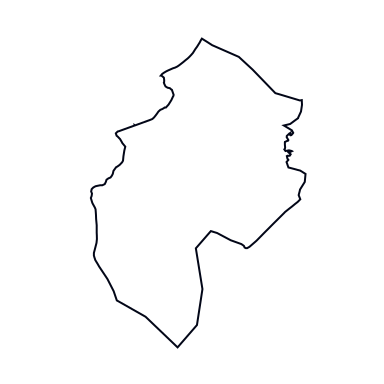 outline of Al Matammah, Al Jawf, Yemen, rotated 32°
{"feature_id": "15242507B78310888001164", "entity_name": "Al Matammah", "entity_type": "district", "adm_level": 2, "iso_a3": "YEM", "parent_name": "Yemen", "parent_adm1": "Al Jawf", "projection": "orthographic", "projection_center": [44.392, 16.198], "detail": "fine", "context": "isolated", "style": "outline", "palette": "ink", "viewbox_px": 384, "rotation_deg": 32, "n_neighbors": 0, "source": "geoboundaries", "source_scale": "gbopen_adm2", "svg_char_len": 3138}
<svg xmlns="http://www.w3.org/2000/svg" viewBox="0 0 384 384"><g transform="rotate(32 192 192)"><path d="M119.1,56.7L119.1,58.6L119.3,61.0L119.3,63.5L119.3,66.2L119.1,69.0L119.1,71.3L119.1,73.6L118.7,76.1L118.2,78.6L117.6,81.0L116.7,83.5L115.8,86.3L115.0,88.5L114.0,91.2L113.1,93.3L111.8,95.4L110.2,97.3L108.8,99.4L107.5,101.3L106.3,103.2L105.1,105.5L104.2,107.6L103.9,109.8L104.5,109.5L107.5,109.9L109.1,111.8L110.2,113.7L110.2,114.2L111.5,115.2L113.6,116.5L116.0,116.5L117.9,115.8L118.2,115.7L120.5,116.1L120.8,116.0L124.9,119.3L125.3,120.3L125.3,121.1L125.8,125.1L125.8,130.3L125.1,134.2L124.0,134.9L124.0,135.1L122.9,137.3L121.6,139.1L120.9,141.6L120.8,144.0L120.6,146.4L120.3,148.9L119.7,151.1L118.4,152.9L108.4,165.7L108.0,165.7L108.2,165.9L97.6,179.4L96.9,180.1L96.3,182.6L98.2,184.2L99.7,184.4L102.0,185.0L102.9,185.2L106.5,187.1L106.9,187.4L111.4,188.9L112.6,192.6L114.9,198.0L116.9,202.0L117.0,203.9L116.5,206.3L116.3,207.3L115.2,210.0L114.5,211.2L114.2,215.7L115.2,218.5L115.4,220.6L115.2,222.9L113.9,224.7L113.0,226.9L113.6,229.2L113.8,231.6L112.3,233.9L110.5,235.0L108.2,237.2L107.1,238.3L105.9,240.5L105.4,242.7L106.2,245.0L108.0,246.3L109.0,248.6L109.4,250.7L112.7,253.6L113.6,254.3L117.9,256.7L119.4,257.8L121.1,260.1L122.9,262.6L125.0,265.7L128.8,270.7L130.8,273.9L132.8,277.1L134.2,279.1L136.3,282.3L138.0,285.8L139.9,291.8L141.1,295.7L142.0,297.1L142.4,297.8L143.7,299.0L146.1,301.0L150.3,303.1L152.7,304.4L166.4,310.6L178.1,317.6L185.7,323.8L218.7,322.4L262.1,331.4L266.7,302.2L256.5,278.5L252.3,268.8L225.1,237.7L225.2,237.2L228.7,215.2L234.9,213.5L246.1,212.7L250.4,212.4L261.5,210.0L263.4,210.1L264.6,210.2L266.0,211.2L267.4,211.1L268.5,210.4L269.8,208.0L272.3,199.9L272.6,198.8L274.8,188.8L278.1,174.4L281.2,161.2L281.5,159.7L281.7,159.1L283.0,155.4L283.8,153.2L284.4,151.6L285.9,147.1L286.0,146.9L286.9,144.4L287.7,140.8L284.1,138.1L282.9,134.3L282.7,133.7L282.3,132.7L282.3,128.7L282.3,123.7L278.7,116.5L272.4,116.5L269.6,117.4L268.5,117.7L263.3,119.3L260.8,120.1L258.5,118.3L258.2,118.0L256.3,116.5L256.7,113.7L256.1,113.4L255.4,113.3L255.2,113.1L254.4,112.3L253.4,111.3L253.7,110.7L253.8,110.6L255.0,110.0L255.2,109.8L255.7,109.3L255.7,107.7L255.4,107.6L254.7,107.6L254.4,107.6L253.4,107.3L253.2,107.3L252.3,107.1L252.3,106.9L252.3,106.6L252.8,106.5L253.2,106.3L254.1,106.0L254.7,105.0L255.1,104.4L254.7,104.4L254.0,104.7L253.8,104.7L252.1,105.3L250.2,107.1L249.6,107.7L248.7,107.4L247.7,106.9L247.9,106.2L247.6,105.5L247.4,104.9L245.8,102.8L244.9,101.4L244.4,100.6L244.3,100.3L244.4,100.2L244.8,99.5L245.3,98.7L246.1,97.7L246.3,97.5L246.3,97.4L246.2,96.9L243.2,95.3L243.0,94.8L242.7,94.2L243.0,93.0L243.6,90.7L244.0,90.1L244.1,89.8L244.2,90.0L244.4,90.2L244.5,90.3L244.5,91.4L244.5,91.5L244.9,91.6L245.3,91.7L245.5,91.7L246.1,91.1L246.2,90.6L246.2,90.4L246.3,90.2L246.5,88.5L246.5,88.3L246.5,88.2L244.4,87.0L244.1,86.8L243.0,86.8L234.7,86.9L239.2,82.3L241.6,76.2L242.8,73.3L242.7,73.2L241.8,66.1L241.7,65.8L239.1,59.8L236.4,55.9L235.0,57.2L214.5,62.8L210.3,64.0L195.1,60.2L181.4,56.8L178.6,56.1L160.1,52.6L133.3,56.5L131.3,56.8L125.3,56.7L119.1,56.7Z" fill="none" stroke="#020617" stroke-width="2"/></g></svg>